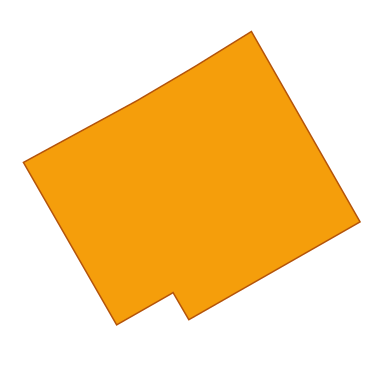 the district of Effingham, Illinois, United States of America, rotated 150°
{"feature_id": "52423323B49311223718144", "entity_name": "Effingham", "entity_type": "district", "adm_level": 2, "iso_a3": "USA", "parent_name": "United States of America", "parent_adm1": "Illinois", "projection": "robinson", "projection_center": [-88.582, 39.064], "detail": "fine", "context": "isolated", "style": "filled", "palette": "amber", "viewbox_px": 384, "rotation_deg": 150, "n_neighbors": 0, "source": "geoboundaries", "source_scale": "gbopen_adm2", "svg_char_len": 285}
<svg xmlns="http://www.w3.org/2000/svg" viewBox="0 0 384 384"><g transform="rotate(150 192 192)"><path d="M61.4,82.1L60.3,301.3L127.2,299.2L194.2,298.6L323.2,301.9L323.7,114.6L260.7,114.3L258.7,114.4L258.6,83.0L61.4,82.1Z" fill="#f59e0b" stroke="#b45309" stroke-width="1.5"/></g></svg>